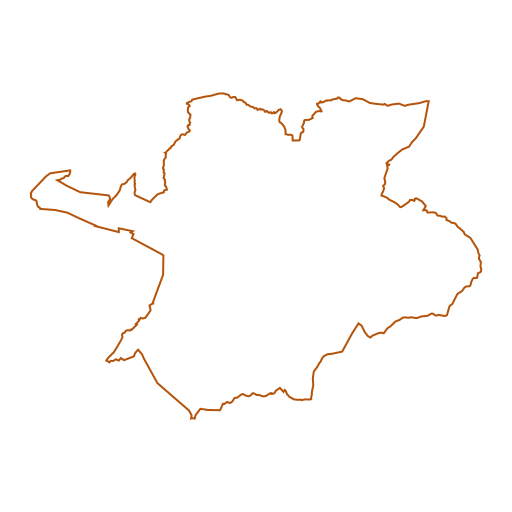 Terrenate, Tlaxcala, Mexico (Albers equal-area conic projection)
{"feature_id": "50627088B28943276063630", "entity_name": "Terrenate", "entity_type": "district", "adm_level": 2, "iso_a3": "MEX", "parent_name": "Mexico", "parent_adm1": "Tlaxcala", "projection": "albers", "projection_center": [-97.935, 19.48], "detail": "fine", "context": "isolated", "style": "outline", "palette": "amber", "viewbox_px": 512, "rotation_deg": 0, "n_neighbors": 0, "source": "geoboundaries", "source_scale": "gbopen_adm2", "svg_char_len": 6061}
<svg xmlns="http://www.w3.org/2000/svg" viewBox="0 0 512 512"><path d="M428.7,101.2L426.0,101.2L419.3,103.1L408.0,104.8L404.7,105.9L399.0,103.6L391.8,104.5L387.6,105.8L384.6,103.9L383.7,104.6L377.9,104.1L369.9,103.0L362.8,99.2L355.6,98.2L349.6,101.3L348.1,101.3L345.7,100.4L342.6,100.2L341.4,99.3L341.0,99.4L339.3,97.5L337.7,97.6L337.5,98.5L331.9,99.6L331.0,100.4L328.1,100.3L327.4,100.7L326.5,100.4L322.7,102.4L320.7,101.5L320.6,102.5L319.5,102.3L318.7,103.4L317.0,103.7L317.0,104.2L318.4,106.7L319.7,107.6L321.9,112.0L321.1,111.3L318.7,111.1L316.0,111.8L312.5,115.7L312.3,116.8L312.7,118.0L309.1,119.8L304.6,120.1L304.2,120.7L303.9,123.0L302.1,126.7L302.3,127.7L303.5,129.1L303.4,131.4L303.0,132.1L301.6,132.5L300.8,133.3L299.9,139.2L299.3,140.4L292.7,140.5L292.5,135.9L292.2,135.3L290.2,134.6L288.5,134.9L285.6,134.1L285.5,130.2L284.4,127.0L282.9,124.9L280.9,122.8L279.9,122.4L279.4,121.4L279.2,120.4L279.7,116.9L281.9,111.7L281.6,110.4L280.5,109.2L278.5,110.0L277.4,111.4L275.3,113.1L274.7,113.2L274.2,112.2L273.8,112.1L272.8,113.1L272.1,113.4L271.4,113.2L270.8,112.2L269.4,112.7L268.5,112.6L267.0,111.0L266.6,111.0L265.8,111.8L265.1,111.8L264.0,110.1L262.2,109.3L261.0,109.6L260.2,108.8L257.7,109.9L256.5,108.2L254.5,108.4L253.4,107.2L250.4,106.5L248.2,104.8L246.8,104.8L245.5,102.8L243.8,102.1L243.5,101.3L241.9,100.3L240.0,99.7L237.1,100.3L235.5,97.4L235.1,97.0L233.3,96.9L231.7,97.8L230.7,97.6L230.1,97.3L228.9,95.2L228.1,94.7L223.0,93.4L218.5,93.6L211.2,95.7L204.3,96.8L192.2,99.6L191.7,100.9L191.1,101.4L189.1,101.9L186.8,103.2L186.8,103.7L187.6,103.7L189.7,105.7L189.5,106.2L188.2,107.2L187.7,110.5L188.2,112.5L190.5,114.8L190.1,117.8L189.2,119.2L189.4,121.3L190.2,122.8L189.6,123.9L189.5,125.2L188.0,125.3L187.5,126.4L188.4,128.8L189.9,130.5L189.0,131.7L186.7,132.6L185.0,134.9L182.5,134.3L181.3,134.7L180.0,136.5L179.6,138.5L177.7,139.6L175.5,141.5L173.7,144.9L171.3,146.4L171.2,147.4L170.4,147.7L169.7,148.8L169.2,148.9L168.8,149.6L167.3,150.7L166.1,152.3L165.2,152.7L166.0,153.2L166.1,153.6L165.6,154.6L165.9,156.8L163.9,160.1L163.8,166.0L162.9,167.8L163.3,169.0L163.9,169.4L163.6,172.4L164.6,173.4L163.6,178.0L164.9,179.7L164.7,180.8L165.2,181.6L165.3,182.4L164.9,183.5L165.0,185.7L165.5,185.9L166.4,187.4L166.9,189.7L164.2,190.4L163.7,192.5L163.3,192.7L162.3,192.6L157.6,194.3L152.2,199.5L150.3,202.2L135.1,195.2L134.6,193.7L134.6,192.5L135.4,190.0L134.6,186.1L134.8,185.0L134.6,184.3L135.1,183.7L134.6,182.8L134.7,180.3L134.4,178.2L134.7,176.2L135.4,174.4L135.1,173.5L134.4,173.6L133.6,174.2L131.2,177.2L129.6,178.8L128.3,179.6L126.6,182.1L124.5,183.8L121.8,184.5L120.7,186.7L120.3,188.8L119.3,191.1L116.4,195.3L112.5,199.2L108.5,205.5L108.1,202.8L108.3,201.9L109.9,199.4L110.0,198.4L109.4,196.4L108.7,195.4L80.2,192.2L66.7,185.7L57.3,180.2L60.6,179.5L61.7,178.5L63.6,178.2L64.8,176.6L65.7,176.0L68.3,176.0L69.6,174.0L70.2,172.3L70.2,170.4L50.1,173.3L46.0,176.4L31.9,191.2L31.5,192.3L30.7,193.3L31.2,194.9L30.9,197.1L32.1,198.7L33.6,199.6L36.0,200.4L36.5,200.9L36.9,203.8L37.8,206.4L40.2,208.2L40.2,208.9L55.1,210.0L67.4,212.7L79.2,218.3L95.8,225.6L95.3,226.1L118.8,232.1L118.8,228.3L132.7,231.2L130.7,232.6L133.5,234.1L131.8,238.2L162.2,254.5L163.4,255.5L163.1,274.8L153.0,302.1L153.3,303.5L152.5,303.6L149.6,305.4L149.7,307.2L150.2,307.7L150.5,310.5L145.5,317.7L142.7,318.5L140.7,317.9L138.9,320.6L138.7,320.3L138.6,321.3L135.8,324.0L136.9,324.6L131.6,329.8L130.9,329.5L130.5,330.2L129.6,330.5L128.0,330.3L126.3,330.5L125.1,331.7L124.6,332.7L122.8,333.3L122.0,334.9L122.4,337.3L121.1,340.1L115.1,350.3L113.8,352.2L108.9,357.1L105.8,361.1L106.7,360.6L109.4,362.4L110.7,360.8L113.1,361.0L115.9,359.3L118.8,360.6L120.9,358.1L124.0,360.2L134.0,356.3L135.1,353.0L138.1,349.7L142.1,354.4L143.7,358.2L157.4,383.1L189.1,410.6L191.1,414.4L191.6,415.7L191.1,418.4L191.7,418.1L194.7,418.6L195.5,415.3L200.4,408.8L208.1,410.0L220.1,410.2L223.0,403.7L224.3,404.0L226.7,402.2L227.6,402.0L229.4,403.0L230.6,402.8L232.4,401.4L234.5,398.1L235.3,397.8L236.9,397.8L241.2,394.6L242.8,394.0L246.1,395.7L248.3,396.3L250.1,395.7L252.8,393.2L253.9,393.4L256.9,395.0L259.5,395.1L262.9,396.4L264.7,396.2L266.0,395.9L270.1,393.3L271.0,393.2L270.8,393.8L272.0,394.0L274.4,393.2L275.7,390.9L279.9,387.9L283.5,391.9L284.7,390.0L285.8,391.2L287.0,394.1L289.6,397.0L293.9,399.4L297.8,399.8L300.6,399.7L301.6,400.1L304.9,399.4L310.1,399.5L311.1,399.2L311.2,397.2L311.8,394.9L311.9,391.9L313.3,385.2L312.8,378.5L313.8,371.4L317.0,367.3L319.6,362.7L320.6,361.7L321.5,359.5L323.5,356.4L327.6,354.2L331.9,353.8L342.2,351.6L352.3,333.1L358.5,323.4L361.7,325.8L364.8,332.2L368.0,336.2L370.4,337.5L372.4,335.7L378.4,333.1L381.3,332.7L383.7,333.3L387.4,328.3L390.4,326.4L395.4,321.5L399.6,319.9L402.9,317.6L405.6,317.4L408.4,317.8L410.8,317.3L416.8,318.1L421.1,316.5L427.5,315.8L431.5,313.6L433.1,313.7L434.6,315.0L435.9,315.6L438.8,314.9L444.5,316.0L446.4,315.6L447.0,315.0L449.4,306.6L450.1,305.6L452.3,304.0L457.2,294.3L458.5,293.1L461.9,291.2L464.3,287.8L465.8,286.6L469.9,286.1L470.6,284.8L471.2,282.1L472.6,279.0L473.6,278.1L477.1,277.8L477.9,273.3L480.3,272.2L481.0,271.4L481.3,269.3L480.5,266.5L480.8,261.9L479.0,258.9L479.0,257.5L479.6,255.5L478.5,253.4L477.7,249.5L470.3,237.8L465.2,234.7L464.1,233.2L463.7,231.8L459.6,228.2L457.8,227.0L455.6,223.8L453.7,222.9L451.6,222.8L449.9,221.4L446.5,220.0L446.5,218.2L444.9,216.6L442.0,216.6L440.1,215.8L437.6,215.6L435.9,213.0L435.0,212.6L432.5,212.3L427.8,212.6L427.2,212.1L427.0,210.9L426.2,210.2L423.3,210.3L425.8,206.1L422.2,201.6L416.8,198.5L415.7,198.4L414.7,199.0L414.7,200.1L414.3,200.9L412.1,199.9L410.0,200.0L409.3,201.3L407.9,202.6L401.9,206.7L400.8,207.2L399.7,206.8L398.0,204.7L394.9,202.5L388.6,199.3L387.6,198.1L384.8,196.7L381.5,195.6L381.7,194.1L383.2,191.1L384.1,188.4L383.1,185.8L384.4,184.8L385.1,183.8L385.2,181.8L384.4,178.5L384.5,177.6L387.7,168.4L387.1,165.8L387.4,165.4L388.4,165.3L389.2,164.8L388.8,164.4L386.6,163.7L386.4,163.2L389.1,160.7L391.3,159.7L393.3,157.1L398.0,152.8L402.4,149.4L409.1,146.6L412.1,142.0L415.8,138.3L423.8,126.6L428.7,101.2Z" fill="none" stroke="#b45309" stroke-width="2"/></svg>